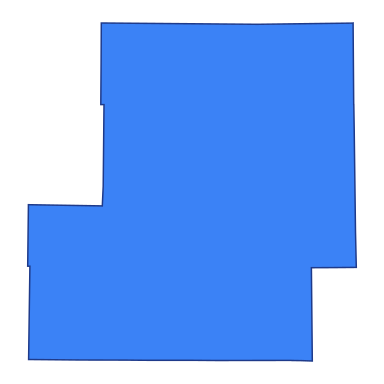 Carbon, Wyoming, United States of America
{"feature_id": "52423323B98729556539249", "entity_name": "Carbon", "entity_type": "district", "adm_level": 2, "iso_a3": "USA", "parent_name": "United States of America", "parent_adm1": "Wyoming", "projection": "orthographic", "projection_center": [-106.885, 41.717], "detail": "fine", "context": "isolated", "style": "filled", "palette": "blue", "viewbox_px": 384, "rotation_deg": 0, "n_neighbors": 0, "source": "geoboundaries", "source_scale": "gbopen_adm2", "svg_char_len": 541}
<svg xmlns="http://www.w3.org/2000/svg" viewBox="0 0 384 384"><path d="M312.3,361.0L311.4,267.7L331.7,267.6L356.3,267.4L355.5,232.0L354.2,129.0L353.8,104.6L353.7,104.6L353.1,23.0L352.7,23.1L257.3,24.3L101.3,23.0L101.1,63.7L100.8,104.6L104.0,104.6L103.2,186.4L102.3,205.9L28.4,204.7L28.4,206.0L27.7,266.2L29.9,266.2L28.6,359.5L80.6,360.0L126.4,360.1L135.3,360.2L148.9,360.3L191.6,360.3L217.0,360.5L288.7,360.4L291.3,360.4L291.7,360.5L292.8,360.5L299.8,360.6L300.7,360.6L312.3,361.0Z" fill="#3b82f6" stroke="#1e3a8a" stroke-width="1.5"/></svg>